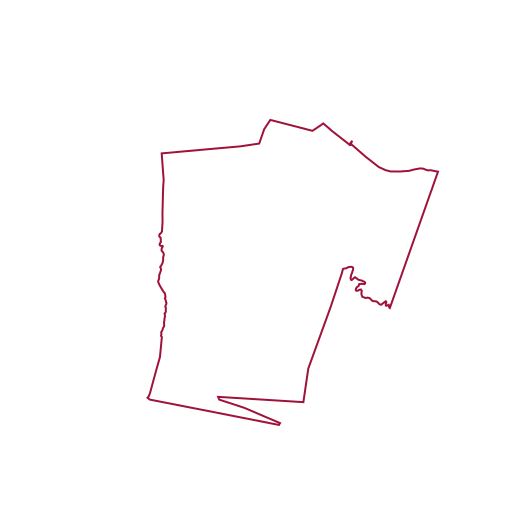 Santo Tomás Tamazulapan, Oaxaca, Mexico (Equal Earth projection), rotated 38°
{"feature_id": "50627088B4613944542165", "entity_name": "Santo Tomás Tamazulapan", "entity_type": "district", "adm_level": 2, "iso_a3": "MEX", "parent_name": "Mexico", "parent_adm1": "Oaxaca", "projection": "equal_earth", "projection_center": [-96.577, 16.24], "detail": "fine", "context": "isolated", "style": "outline", "palette": "rose", "viewbox_px": 512, "rotation_deg": 38, "n_neighbors": 0, "source": "geoboundaries", "source_scale": "gbopen_adm2", "svg_char_len": 3210}
<svg xmlns="http://www.w3.org/2000/svg" viewBox="0 0 512 512"><g transform="rotate(38 256 256)"><path d="M393.5,214.6L358.1,109.1L354.4,98.1L353.8,96.1L351.7,90.0L347.5,77.5L340.6,81.0L338.9,82.6L336.3,83.6L334.0,84.2L332.9,84.9L332.4,85.3L331.5,85.8L329.4,88.2L327.9,89.8L324.0,94.9L318.9,99.4L317.8,100.5L310.0,106.5L305.2,108.6L297.9,110.3L281.4,110.3L263.1,109.3L262.0,110.4L261.1,106.8L260.8,106.0L261.0,109.9L261.1,110.7L238.9,110.7L227.4,110.1L226.7,112.6L223.4,122.6L185.0,139.3L183.5,140.0L183.7,142.5L184.4,151.1L189.3,165.4L176.2,179.2L153.4,200.5L118.5,233.2L136.4,252.9L140.6,259.1L141.9,260.9L155.9,279.8L161.4,286.7L166.2,293.7L166.8,294.5L166.8,295.1L167.1,296.1L166.6,297.9L166.9,299.1L167.4,299.7L168.3,300.3L169.3,300.3L169.7,300.4L170.4,301.2L171.4,302.4L172.1,303.2L172.5,303.6L172.4,304.4L172.9,306.3L173.8,306.8L175.0,306.5L176.1,305.6L176.8,306.1L176.8,307.2L177.1,308.3L178.3,309.9L180.2,310.3L181.7,310.9L182.8,312.0L183.5,314.0L185.1,316.0L185.8,317.3L186.6,318.9L187.1,321.2L187.2,322.5L187.2,323.5L187.6,323.9L188.9,324.5L189.5,325.1L190.0,326.0L190.4,327.3L190.8,328.4L191.1,329.1L191.3,330.3L191.8,331.1L193.3,333.0L193.8,334.1L194.0,334.9L194.4,336.1L195.4,337.0L198.1,338.4L201.6,339.8L205.4,341.2L206.4,341.3L207.8,342.0L210.1,344.3L210.2,345.4L212.4,346.7L212.9,347.1L213.4,347.6L213.8,347.9L214.2,348.0L214.6,348.6L215.0,349.4L215.1,350.2L215.3,350.9L215.8,351.9L216.6,352.1L217.3,352.8L217.8,353.7L218.1,354.1L219.0,355.0L219.3,355.8L219.5,356.3L219.4,356.7L219.5,357.0L219.4,357.5L219.7,357.6L220.0,358.0L220.4,358.5L220.9,359.1L221.5,359.6L222.1,361.0L222.7,362.0L223.0,362.6L223.4,363.1L223.9,364.1L224.6,365.2L225.7,366.5L226.6,367.4L226.9,368.3L227.1,370.3L227.7,371.4L228.0,372.5L228.1,373.4L228.2,374.3L228.4,374.7L228.9,375.1L229.6,375.8L230.3,377.4L231.7,377.8L242.5,394.7L248.0,408.2L257.0,429.6L257.8,432.4L257.8,434.5L260.8,434.5L338.2,395.2L378.1,375.0L377.8,373.4L377.8,372.9L340.1,382.9L315.5,391.8L312.9,390.3L333.3,376.3L383.3,342.0L366.5,312.5L346.4,250.8L339.9,232.5L334.1,216.3L332.5,212.7L333.1,211.7L334.3,210.6L335.0,209.5L335.5,208.1L336.5,207.0L337.2,206.2L338.6,205.5L339.6,205.4L340.1,205.8L341.0,207.2L341.4,208.7L342.0,209.9L342.3,211.2L342.6,212.1L343.1,213.3L343.5,213.8L343.9,215.0L344.3,215.4L345.1,216.0L345.4,216.2L345.8,216.2L346.2,216.0L346.3,215.6L346.6,214.2L346.7,213.5L346.9,212.1L347.2,211.7L348.9,211.8L349.3,211.6L351.2,211.7L352.0,211.4L352.9,211.0L353.9,210.5L354.9,210.1L356.1,209.9L357.3,209.6L358.1,209.7L358.6,209.9L358.8,210.3L358.8,211.2L358.5,211.6L357.7,212.0L357.1,212.4L356.2,212.9L356.0,213.3L355.2,214.0L354.9,214.3L354.6,214.5L355.3,216.3L354.7,218.5L354.8,220.0L355.5,221.3L356.5,221.6L357.7,220.5L358.2,219.1L359.3,217.8L360.8,218.3L361.4,219.5L361.9,220.3L362.6,221.2L364.7,222.6L365.6,222.4L367.5,221.9L368.5,221.4L369.5,220.1L371.6,219.2L372.7,219.4L375.2,219.7L376.4,219.3L378.3,217.9L379.8,217.5L380.8,217.7L381.9,217.8L383.0,218.0L383.8,217.8L384.8,217.1L384.9,216.3L385.7,213.1L386.1,211.8L386.7,211.8L387.4,212.6L387.8,213.9L388.3,214.4L388.8,215.1L389.6,214.7L390.1,213.8L390.6,212.8L391.3,213.3L391.9,214.0L392.4,214.2L392.8,214.6L393.5,214.6Z" fill="none" stroke="#9f1239" stroke-width="2"/></g></svg>